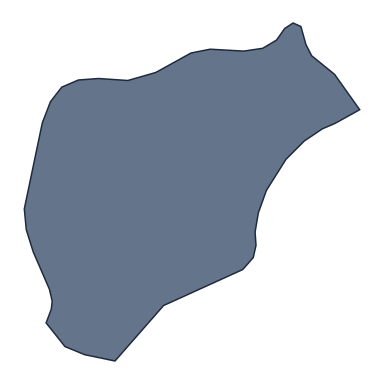 the border of Ajlun
{"feature_id": "JOR-855", "entity_name": "Ajlun", "entity_type": "Province", "adm_level": 1, "iso_a3": "JOR", "parent_name": "Jordan", "parent_adm1": "", "projection": "albers", "projection_center": [35.755, 32.279], "detail": "fine", "context": "isolated", "style": "filled", "palette": "slate", "viewbox_px": 384, "rotation_deg": 0, "n_neighbors": 0, "source": "natural_earth", "source_scale": "10m", "svg_char_len": 594}
<svg xmlns="http://www.w3.org/2000/svg" viewBox="0 0 384 384"><path d="M115.0,361.0L84.7,354.7L65.0,346.6L46.1,322.9L51.3,309.2L52.2,301.1L49.4,289.2L33.3,252.1L26.3,229.8L24.3,208.9L42.3,122.9L50.5,101.6L61.8,87.1L78.4,80.0L98.6,78.5L127.8,80.5L155.7,72.5L191.0,53.0L210.1,49.2L243.8,51.1L262.7,48.3L276.5,40.1L284.8,28.4L293.1,23.0L300.9,26.5L305.9,44.5L311.7,55.8L334.6,74.4L359.7,109.7L335.0,123.4L322.4,128.8L304.4,140.9L286.0,159.3L266.4,190.4L258.3,213.0L255.1,232.1L256.0,245.3L253.3,257.5L242.8,269.5L163.6,305.5L115.0,361.0Z" fill="#64748b" stroke="#1e293b" stroke-width="1.5"/></svg>